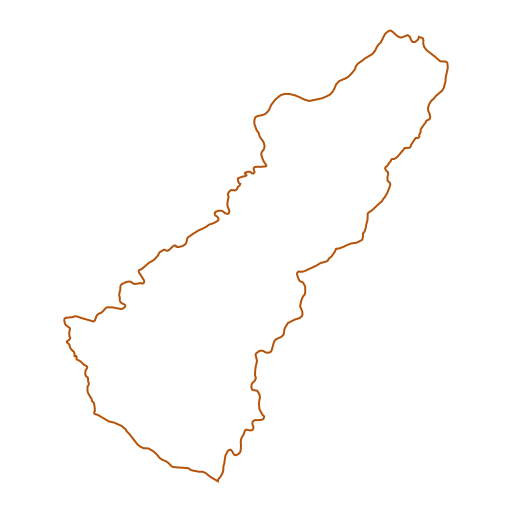 the district of San Benito, Santander, Colombia
{"feature_id": "7082276B8887229584213", "entity_name": "San Benito", "entity_type": "district", "adm_level": 2, "iso_a3": "COL", "parent_name": "Colombia", "parent_adm1": "Santander", "projection": "mercator", "projection_center": [-73.532, 6.104], "detail": "fine", "context": "isolated", "style": "outline", "palette": "amber", "viewbox_px": 512, "rotation_deg": 0, "n_neighbors": 0, "source": "geoboundaries", "source_scale": "gbopen_adm2", "svg_char_len": 5999}
<svg xmlns="http://www.w3.org/2000/svg" viewBox="0 0 512 512"><path d="M236.6,455.0L238.9,453.6L240.2,452.2L240.7,450.3L241.0,445.6L240.8,443.1L240.8,440.9L241.1,439.2L241.8,437.5L243.8,434.1L245.1,430.3L246.0,429.6L250.6,430.5L252.6,429.9L253.2,428.6L253.4,426.7L252.4,424.0L252.4,422.7L252.8,421.4L254.8,420.1L259.3,420.1L261.8,419.7L263.3,419.0L264.0,417.7L264.1,416.6L263.7,415.8L262.7,415.1L261.3,412.8L259.4,408.9L258.9,403.1L259.8,398.2L259.9,396.6L259.4,394.4L257.5,391.1L256.8,390.7L253.3,390.1L252.1,389.6L251.3,386.9L251.7,384.2L252.2,383.2L254.4,381.2L255.7,378.8L255.8,377.7L255.0,375.4L255.2,370.3L255.8,366.2L256.8,362.3L256.9,360.3L255.6,355.0L255.7,353.9L257.6,352.2L259.4,351.0L261.1,350.6L263.6,351.1L264.9,352.1L266.6,352.7L268.7,352.6L270.4,352.1L271.2,351.2L271.9,349.6L273.3,344.2L274.5,341.0L275.3,339.9L276.6,338.9L281.1,337.0L283.6,334.6L284.6,328.6L287.8,323.1L294.9,319.5L299.8,318.0L302.1,315.9L302.5,314.3L302.2,311.3L300.1,306.3L301.2,300.8L302.4,297.7L302.9,296.6L304.8,294.3L305.2,292.8L305.2,287.9L305.1,286.4L303.4,283.2L302.3,281.9L300.9,281.7L299.6,280.8L298.5,278.9L297.3,275.5L297.0,274.0L297.3,272.7L298.5,271.6L301.9,271.8L304.6,271.1L316.6,265.5L320.4,263.1L326.2,261.5L327.3,261.0L328.0,260.4L328.5,259.1L329.3,258.2L331.3,256.7L332.2,255.5L335.3,250.9L335.8,249.2L336.2,248.7L338.6,248.6L343.1,247.0L347.9,244.7L351.0,243.5L356.8,242.7L361.9,240.0L362.5,239.0L363.0,236.1L362.9,233.5L364.2,232.1L365.0,230.4L365.7,227.9L366.3,224.3L367.5,220.1L367.7,213.7L368.7,212.4L371.0,211.0L373.1,209.3L379.5,203.2L382.0,201.2L383.4,198.7L384.6,197.5L387.4,192.7L390.0,185.9L390.3,184.1L389.9,183.2L389.6,182.4L387.9,181.1L387.5,180.3L387.5,176.6L388.2,174.2L388.1,173.1L388.0,172.3L386.4,170.8L385.4,169.3L385.1,168.4L385.6,167.0L386.7,166.4L388.0,164.8L389.1,162.9L390.5,161.5L391.5,159.3L392.3,159.0L394.1,158.9L395.1,158.6L397.4,156.8L403.9,149.2L404.4,148.2L406.4,147.9L408.7,147.9L409.6,147.7L410.8,146.2L411.2,144.7L415.5,138.1L416.4,137.9L417.4,138.1L418.8,137.5L419.3,136.5L419.2,134.9L420.6,132.1L420.7,129.5L421.4,128.3L424.4,124.0L425.5,122.8L426.0,121.2L426.7,120.5L428.7,119.7L429.7,119.0L430.2,117.2L430.1,116.0L429.3,113.1L428.2,110.8L428.0,108.9L428.1,107.5L429.4,103.6L431.3,100.8L434.1,98.3L436.0,95.8L442.0,90.8L442.9,89.5L443.8,87.6L445.5,81.5L445.7,77.2L447.7,68.5L447.7,65.6L447.2,62.6L445.9,61.6L440.3,61.3L434.5,56.3L426.5,50.1L424.2,46.9L423.2,43.6L423.4,40.4L423.0,38.5L421.4,37.7L418.9,36.9L418.2,39.4L415.0,42.1L412.3,41.9L410.9,39.6L410.0,37.0L407.7,35.1L401.4,37.6L399.1,37.1L396.5,35.4L393.6,32.6L391.1,30.7L389.4,30.7L387.5,31.8L385.0,34.0L380.8,42.4L378.7,44.4L376.8,47.0L375.1,50.7L372.6,53.9L365.0,58.4L361.6,61.1L357.9,63.6L355.8,66.4L354.9,69.4L351.9,73.1L348.8,76.4L346.2,78.1L339.3,81.0L336.1,84.4L334.7,88.0L333.0,91.2L330.1,94.5L326.5,96.4L322.0,98.3L309.3,101.0L304.5,99.6L300.0,97.4L294.6,95.2L289.3,94.0L284.6,93.9L280.7,95.2L278.3,97.0L275.0,99.9L271.1,105.1L269.2,109.6L267.0,112.5L264.5,114.4L261.0,115.4L257.7,116.0L255.5,117.1L254.4,119.9L254.3,123.6L256.5,130.0L258.7,133.0L259.1,134.9L260.0,137.0L261.5,139.3L262.9,140.9L263.9,143.2L264.6,146.1L264.2,148.0L264.0,149.0L261.7,152.2L261.2,154.2L262.1,157.6L263.6,161.2L266.2,165.1L266.4,165.8L265.8,166.4L260.5,166.8L256.3,166.8L254.6,167.1L253.6,168.3L254.5,172.4L253.3,173.5L252.3,173.5L250.6,172.1L249.5,171.7L247.4,171.8L245.3,172.6L244.9,173.5L246.2,174.6L246.4,175.4L245.6,176.0L242.4,176.7L238.6,178.0L237.9,178.6L238.1,180.9L238.5,182.2L239.0,183.0L240.3,183.9L239.7,185.4L237.7,187.1L237.0,189.2L236.1,189.9L235.6,190.3L234.4,190.3L231.1,190.0L228.8,192.1L227.9,194.0L227.9,194.8L228.6,196.7L227.5,202.3L227.4,204.5L227.6,206.5L229.1,210.0L229.4,211.4L228.7,213.4L227.8,213.9L226.5,213.7L225.1,213.2L223.0,211.4L221.4,210.8L218.3,210.7L215.2,212.1L214.6,213.5L215.3,215.4L217.6,217.0L218.2,218.1L218.5,219.2L218.0,220.7L213.7,223.1L208.9,224.7L206.8,226.4L202.8,228.6L198.8,230.3L194.0,233.2L187.5,237.7L186.4,242.4L185.6,243.9L184.0,245.2L182.2,246.2L178.5,247.0L177.1,247.0L176.1,246.5L175.9,245.7L175.0,245.4L173.9,245.7L172.7,246.5L168.7,250.3L167.4,250.8L166.5,250.7L164.5,249.7L163.7,249.8L159.5,252.4L158.1,255.3L154.6,259.3L153.4,260.3L148.9,262.8L141.7,269.1L139.5,269.9L138.9,270.3L138.7,271.5L139.2,272.8L144.1,280.5L144.2,281.9L143.9,282.7L143.4,283.2L142.3,283.6L140.5,283.1L139.6,283.2L137.2,283.7L134.5,283.9L133.2,283.6L131.3,282.0L130.0,281.6L128.4,281.6L126.4,282.0L121.8,284.1L120.8,285.3L120.4,286.5L120.3,289.4L119.1,294.8L119.8,297.6L119.7,299.4L119.9,300.9L120.5,302.1L121.5,303.0L124.7,304.7L125.3,305.5L125.0,306.9L123.2,308.4L121.2,309.1L112.8,307.4L107.3,307.3L106.0,307.8L103.6,310.5L101.2,312.8L98.9,313.6L96.8,315.4L94.8,320.5L93.7,321.5L81.6,318.1L76.4,316.3L74.7,316.3L72.6,317.1L66.1,317.8L64.6,318.4L64.3,320.4L64.6,322.3L65.5,324.8L69.8,328.1L70.0,328.9L69.1,332.9L69.6,336.5L70.2,337.7L70.0,338.9L68.8,340.2L66.9,341.4L67.0,342.4L69.4,344.6L69.8,346.6L70.6,348.5L72.7,351.0L73.2,351.0L74.0,352.1L74.5,353.5L74.5,356.1L74.8,356.3L75.9,355.9L76.4,356.3L76.7,357.1L76.4,358.1L76.6,359.3L80.7,361.5L83.6,364.4L84.3,365.0L86.5,366.0L87.2,367.0L87.2,367.8L85.6,370.4L85.2,373.0L85.5,375.3L86.2,376.3L87.6,377.3L87.9,377.8L88.2,381.5L88.9,383.8L88.9,384.3L87.5,386.8L87.5,391.2L88.2,393.3L90.2,396.9L91.6,398.8L91.8,400.7L93.5,402.5L93.9,403.2L94.5,406.2L94.8,409.2L94.8,411.2L94.2,412.0L94.3,413.5L95.4,414.3L97.4,414.7L109.1,421.5L113.9,422.5L121.6,425.9L126.1,429.8L126.4,431.0L129.0,433.6L137.8,444.8L140.0,446.5L143.6,448.2L148.2,448.4L153.4,451.3L156.7,454.3L159.4,457.7L161.9,459.6L165.6,461.1L167.9,462.5L171.9,466.5L172.8,466.9L175.9,467.3L187.4,468.1L188.7,468.4L190.7,469.9L192.4,470.5L199.6,471.8L202.5,471.7L203.6,472.1L205.7,473.1L210.0,476.6L217.9,481.3L218.4,479.0L220.2,477.1L222.7,472.6L223.3,469.9L223.4,466.3L224.3,463.4L225.0,457.9L225.5,455.5L227.6,451.3L228.8,450.1L230.1,449.7L231.2,450.2L232.3,451.5L233.5,453.8L234.4,454.8L235.4,455.2L236.6,455.0Z" fill="none" stroke="#b45309" stroke-width="2"/></svg>